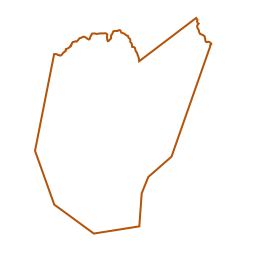 Daulo District, Eastern Highlands, Papua New Guinea (Albers equal-area conic projection), rotated 351°
{"feature_id": "67681753B69835988220980", "entity_name": "Daulo District", "entity_type": "district", "adm_level": 2, "iso_a3": "PNG", "parent_name": "Papua New Guinea", "parent_adm1": "Eastern Highlands", "projection": "albers", "projection_center": [145.254, -5.99], "detail": "fine", "context": "isolated", "style": "outline", "palette": "amber", "viewbox_px": 256, "rotation_deg": 351, "n_neighbors": 0, "source": "geoboundaries", "source_scale": "gbopen_adm2", "svg_char_len": 1976}
<svg xmlns="http://www.w3.org/2000/svg" viewBox="0 0 256 256"><g transform="rotate(351 128 128)"><path d="M123.8,226.9L131.3,194.7L140.4,179.5L166.5,163.1L212.0,78.7L222.0,60.2L222.0,59.2L223.4,58.3L223.4,57.5L221.8,55.8L221.0,55.4L218.8,55.4L218.2,54.6L218.0,49.4L216.5,47.9L213.8,46.2L213.2,44.0L213.2,42.4L212.2,39.8L212.2,38.2L212.7,37.2L214.1,36.0L213.1,35.0L212.9,33.4L213.5,32.0L212.5,30.0L149.5,63.8L149.6,61.7L149.5,60.4L149.4,59.3L149.1,57.8L148.8,57.0L148.8,55.3L148.4,54.6L147.8,53.7L147.5,51.9L147.4,51.1L147.3,49.8L146.6,49.1L145.3,48.7L144.7,48.4L144.8,47.9L144.9,46.0L144.8,44.9L144.0,43.9L143.7,43.2L144.0,42.4L144.0,41.0L143.8,40.3L143.2,39.5L142.6,38.7L142.4,37.3L142.3,36.9L141.8,36.7L141.1,36.5L139.9,35.1L139.2,34.3L138.4,33.9L136.3,32.7L136.0,31.9L135.8,30.5L135.2,30.1L133.7,30.0L132.7,30.6L132.0,30.5L130.6,30.1L129.4,30.0L128.4,30.5L128.0,31.2L127.3,32.4L127.0,32.8L126.4,33.4L125.9,33.7L125.7,34.5L125.7,35.0L125.4,35.5L125.4,36.7L124.7,37.3L124.0,37.8L123.4,38.2L122.5,39.0L121.7,39.1L121.6,38.8L121.3,38.1L121.3,37.5L121.3,36.8L121.4,36.4L121.3,35.5L121.5,34.3L122.0,32.9L122.2,32.5L121.8,31.8L121.2,31.4L120.9,31.0L120.5,30.9L119.5,30.8L118.3,30.7L117.3,30.6L116.0,30.2L115.0,30.3L114.0,30.2L112.4,30.2L111.2,30.0L110.8,29.7L109.8,29.4L108.7,29.3L108.0,29.1L107.2,29.2L106.5,30.1L106.0,30.8L105.2,31.9L104.4,33.2L104.3,33.9L103.2,34.5L102.6,34.1L101.6,33.3L101.2,32.7L100.2,31.8L99.4,31.3L98.5,30.8L97.7,30.9L96.8,31.2L95.8,31.6L94.1,31.8L92.5,33.4L91.7,33.8L91.3,34.4L90.8,34.6L90.2,34.5L89.5,34.1L88.8,34.4L88.0,34.5L87.1,34.4L86.2,35.1L85.7,36.2L84.9,36.7L84.6,37.2L84.8,37.8L84.5,38.2L83.8,38.2L83.3,39.0L82.5,39.3L80.7,40.1L79.8,40.2L78.9,40.4L78.8,41.4L78.8,41.9L78.3,42.2L77.3,42.5L77.0,43.1L76.0,43.4L75.4,43.9L74.7,44.7L73.8,45.4L73.2,45.8L72.2,45.9L71.5,45.3L70.1,44.9L69.5,44.2L68.3,43.7L66.6,43.5L45.4,101.1L44.6,103.3L32.6,136.0L43.2,192.2L50.9,199.9L77.7,226.9L123.8,226.9Z" fill="none" stroke="#b45309" stroke-width="2"/></g></svg>